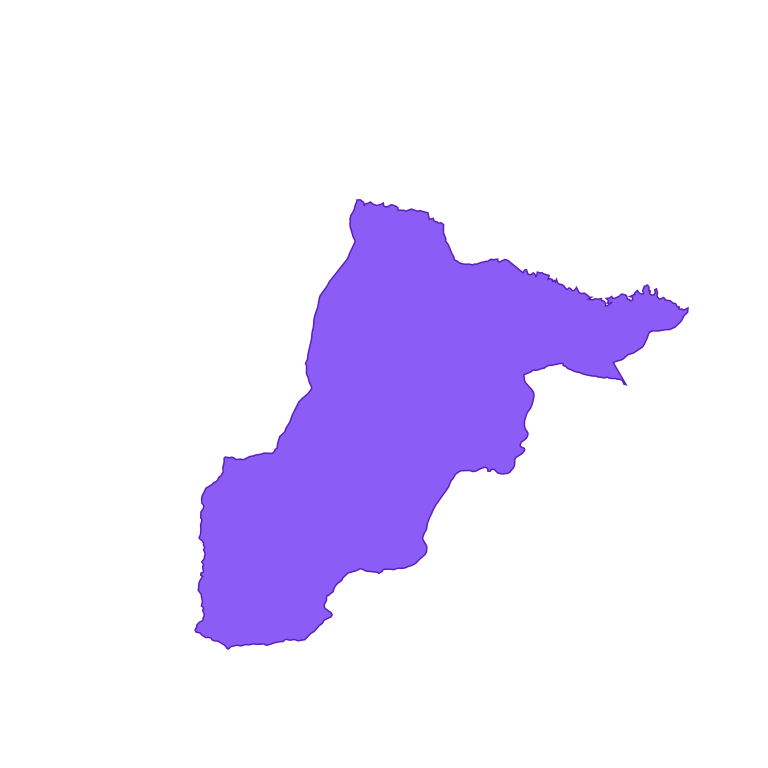 Bonito de Minas, Minas Gerais, Brazil (Natural Earth projection), rotated 56°
{"feature_id": "56859067B40632732354606", "entity_name": "Bonito de Minas", "entity_type": "district", "adm_level": 2, "iso_a3": "BRA", "parent_name": "Brazil", "parent_adm1": "Minas Gerais", "projection": "natural_earth1", "projection_center": [-44.877, -14.974], "detail": "fine", "context": "isolated", "style": "filled", "palette": "violet", "viewbox_px": 768, "rotation_deg": 56, "n_neighbors": 0, "source": "geoboundaries", "source_scale": "gbopen_adm2", "svg_char_len": 6160}
<svg xmlns="http://www.w3.org/2000/svg" viewBox="0 0 768 768"><g transform="rotate(56 384 384)"><path d="M216.3,303.5L218.0,305.2L219.9,308.1L223.1,311.6L225.8,317.3L228.4,320.1L230.5,321.1L231.9,322.5L235.1,324.2L244.8,327.3L249.3,327.8L250.7,329.6L255.7,338.2L259.8,344.3L268.9,372.7L270.9,376.2L275.1,387.5L276.1,389.0L283.1,395.8L288.6,403.1L291.4,406.0L297.3,410.7L301.1,414.8L305.8,418.6L316.2,429.7L320.8,433.7L323.1,437.6L325.0,437.9L326.8,438.7L330.7,441.7L332.7,442.7L336.7,443.4L340.8,445.0L345.9,445.7L347.7,447.1L349.6,453.1L350.2,459.5L351.2,464.6L358.4,477.2L362.9,483.4L366.1,490.5L367.5,491.8L368.4,493.9L369.2,499.8L374.4,506.0L377.3,508.4L377.4,510.8L378.7,512.8L378.9,515.0L378.2,516.9L376.5,518.8L374.1,522.4L373.5,525.0L371.1,530.1L370.6,532.5L369.0,536.0L368.3,542.2L367.4,543.8L366.0,544.9L364.0,548.8L360.8,550.1L359.5,551.2L358.8,553.3L355.8,556.4L356.2,558.1L359.4,560.2L363.4,564.6L365.8,565.6L367.4,567.1L367.9,568.7L369.0,570.2L368.8,572.3L369.5,574.1L370.8,576.0L371.0,578.1L370.6,580.4L371.2,582.7L370.8,589.8L375.2,597.5L377.7,599.8L381.0,601.6L382.8,601.4L384.9,601.8L386.2,603.6L387.7,607.3L392.5,610.8L394.3,610.7L395.8,611.8L397.9,614.6L402.8,617.6L406.2,620.3L408.0,623.3L410.2,623.3L411.8,622.4L415.1,622.5L416.5,623.8L418.1,623.7L419.6,624.4L420.5,626.4L423.2,626.7L425.3,627.7L426.5,629.3L428.3,630.6L429.5,634.6L433.0,634.6L433.7,636.2L435.7,637.4L438.0,638.1L439.0,639.8L438.4,641.5L440.1,642.9L442.0,641.9L444.0,646.4L445.5,648.6L451.3,653.4L455.6,653.1L462.9,656.2L465.9,659.5L467.7,658.8L469.2,659.1L470.2,661.0L473.7,661.5L475.7,662.8L476.7,664.8L478.0,665.6L479.0,667.2L478.2,669.2L478.5,671.7L479.3,674.3L480.6,675.0L482.4,678.3L484.6,678.5L487.5,675.8L490.7,675.3L494.4,673.6L496.7,670.4L498.1,669.4L500.2,669.5L501.9,668.4L504.5,665.2L506.1,664.8L507.4,663.9L511.0,662.4L513.0,661.9L515.1,662.0L516.7,661.2L516.1,657.8L518.0,652.8L518.7,651.3L520.7,649.7L521.7,647.5L522.4,644.8L524.7,641.9L526.4,637.6L528.8,635.0L532.4,628.8L534.2,628.2L535.3,626.7L537.4,619.3L539.1,615.0L541.1,611.5L540.6,609.6L541.1,607.6L543.0,606.1L544.2,604.5L545.7,601.1L548.9,598.8L551.7,592.5L549.8,584.4L550.1,580.3L548.1,573.0L547.9,569.2L546.3,565.5L547.4,558.1L546.3,556.0L544.1,555.8L537.2,558.3L535.3,558.1L533.5,556.8L531.2,552.7L527.7,550.1L528.3,548.0L527.8,545.6L527.8,542.6L524.8,538.6L523.9,536.3L523.3,533.7L523.4,530.8L523.0,528.5L521.7,526.5L520.6,519.4L523.5,510.6L523.5,508.2L524.7,505.9L529.1,503.4L535.6,495.7L536.7,494.7L538.2,494.1L538.2,490.3L537.5,488.6L538.1,486.9L541.0,482.4L543.3,479.9L544.4,475.7L546.4,473.0L548.1,469.8L549.2,464.6L549.9,462.9L550.4,457.9L549.3,453.2L548.4,445.9L547.9,444.2L546.6,442.4L543.3,439.7L541.4,439.1L534.9,438.8L533.0,437.9L530.3,434.2L528.3,430.1L524.0,426.1L520.7,421.6L517.1,415.5L515.9,413.9L513.0,408.1L505.6,388.3L501.7,382.6L501.0,379.7L498.8,375.1L498.7,370.3L499.2,368.3L503.4,361.6L506.5,359.0L507.5,356.8L508.3,350.9L508.9,348.5L509.6,346.8L511.3,345.5L512.8,345.7L514.3,346.6L515.7,345.0L514.8,342.6L516.0,340.8L517.3,340.2L521.5,339.4L524.5,336.6L527.2,331.6L527.5,329.2L525.8,323.4L524.4,321.2L519.4,317.5L518.7,315.4L518.9,308.8L518.5,306.6L517.5,304.4L515.8,303.6L513.6,305.1L511.7,305.8L510.0,304.6L508.9,302.5L508.9,298.1L508.4,295.8L507.1,293.7L505.8,292.5L504.5,292.0L500.4,292.0L498.3,291.4L495.9,290.2L492.6,287.5L488.8,282.8L487.6,280.6L485.9,276.0L483.7,272.6L478.9,267.3L476.6,265.5L474.3,264.7L471.4,264.6L461.7,266.0L459.9,265.6L454.5,262.9L456.1,255.5L455.7,253.1L458.3,249.0L459.5,244.2L460.4,242.4L460.3,239.5L460.6,237.4L463.0,232.9L463.5,231.0L464.5,229.8L464.7,228.1L466.3,225.1L467.6,224.2L469.1,225.1L470.8,223.6L473.7,223.0L477.9,220.2L479.3,219.6L481.9,217.5L483.4,215.7L486.7,213.6L489.8,210.9L493.8,206.9L496.1,203.8L497.8,202.9L498.6,201.6L502.2,197.9L502.8,195.9L503.9,194.6L505.2,193.9L507.8,190.8L508.9,189.0L510.3,188.1L511.7,186.1L513.8,184.6L515.8,184.6L518.2,185.2L519.9,183.7L494.6,182.0L494.6,180.3L496.7,173.8L497.0,171.9L496.1,165.4L497.8,159.8L497.9,148.9L496.7,146.1L493.0,140.0L489.9,136.0L489.8,133.0L490.5,131.0L493.5,126.9L496.2,120.6L498.5,116.9L499.6,110.9L498.3,103.6L497.8,101.8L495.3,97.4L494.3,92.1L491.0,89.5L490.3,94.3L488.8,94.8L486.7,97.6L485.3,96.1L483.9,97.7L480.4,97.3L478.8,99.1L475.0,100.2L471.7,103.9L470.2,103.4L468.6,103.9L467.9,108.1L465.0,108.7L463.2,108.3L461.9,106.5L457.5,104.9L457.2,106.9L459.9,107.9L461.0,110.1L460.3,112.1L458.8,112.9L457.4,113.1L456.0,111.2L454.5,112.1L451.9,110.1L449.3,110.2L448.6,113.5L451.2,117.3L454.3,118.3L453.8,120.1L451.0,121.6L448.2,121.6L448.6,124.9L449.9,125.9L449.0,131.2L450.8,129.5L453.1,130.5L453.1,133.1L451.3,133.3L449.8,134.7L446.3,133.6L444.7,134.3L442.2,136.9L442.8,139.5L442.1,144.3L441.0,146.4L438.7,146.3L438.9,149.0L437.3,151.9L440.5,151.3L441.9,153.5L443.2,152.2L443.8,148.9L444.1,154.8L443.2,156.7L440.6,155.0L438.2,155.4L436.6,156.9L434.9,156.0L433.8,158.3L431.3,161.6L431.0,163.9L428.0,167.2L428.1,163.6L426.8,165.3L424.4,165.6L420.7,167.1L419.6,169.4L417.6,171.2L411.6,170.4L412.8,173.6L411.9,175.8L410.0,175.8L407.8,176.8L408.1,179.3L406.6,179.9L403.6,180.0L400.8,181.0L399.3,182.9L396.9,183.5L393.7,182.5L395.2,185.0L393.5,184.8L393.3,186.8L391.6,186.0L389.4,187.5L389.0,189.4L386.4,186.4L381.6,190.4L380.2,190.6L379.4,192.3L377.0,194.3L379.0,196.3L379.7,198.0L377.3,197.5L375.3,198.1L375.7,201.2L373.6,203.2L368.8,202.0L368.1,203.8L369.6,206.5L351.1,212.1L348.4,214.0L347.6,218.5L347.6,220.2L345.7,220.8L344.0,219.9L342.3,223.5L340.3,225.7L340.3,229.5L339.3,230.9L338.7,233.1L337.6,235.2L336.3,240.5L335.1,241.9L335.0,243.7L331.8,246.8L330.8,248.8L329.0,251.0L325.5,254.0L323.3,254.5L320.2,256.3L317.7,255.0L313.8,254.8L304.6,252.8L300.0,253.0L298.3,251.6L291.6,250.0L285.2,245.5L282.3,246.5L281.3,248.8L279.6,249.2L277.0,251.4L274.3,250.5L273.4,252.4L272.9,254.4L266.7,251.8L260.1,257.6L259.7,259.4L254.2,263.6L253.0,269.0L251.1,270.5L248.8,273.5L248.0,275.2L245.5,273.9L243.8,274.4L239.7,277.3L239.1,280.0L239.1,281.8L237.9,283.7L236.6,284.7L233.6,283.4L233.3,286.4L232.0,290.1L229.1,292.3L225.4,293.6L225.5,295.5L224.4,298.2L224.9,300.3L222.2,299.3L218.1,300.6L216.3,303.5Z" fill="#8b5cf6" stroke="#5b21b6" stroke-width="1.5"/></g></svg>